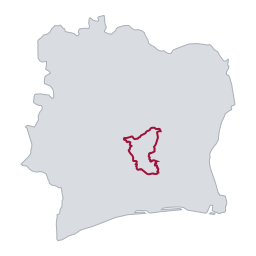 Lacs on a map of Ivory Coast (orthographic projection)
{"feature_id": "CIV-3461", "entity_name": "Lacs", "entity_type": "Department", "adm_level": 1, "iso_a3": "CIV", "parent_name": "Ivory Coast", "parent_adm1": "", "projection": "orthographic", "projection_center": [-5.076, 6.892], "detail": "fine", "context": "in_parent", "style": "outline", "palette": "rose", "viewbox_px": 256, "rotation_deg": 0, "n_neighbors": 0, "source": "natural_earth", "source_scale": "10m", "svg_char_len": 6919}
<svg xmlns="http://www.w3.org/2000/svg" viewBox="0 0 256 256"><path d="M43.5,34.9L44.5,34.9L47.2,34.1L49.6,32.4L51.9,28.6L55.0,25.6L58.5,25.9L59.5,25.3L60.7,25.2L62.1,27.2L63.6,28.7L64.6,28.8L65.3,31.6L71.6,32.9L74.3,33.7L76.6,35.7L77.4,35.8L78.3,35.4L79.1,34.6L79.2,33.8L78.3,32.0L78.7,30.3L79.7,28.8L81.3,28.7L83.8,28.3L86.6,28.3L88.7,28.5L89.5,27.0L88.7,22.8L89.0,20.5L89.3,18.5L90.1,17.7L93.2,20.2L96.0,21.1L98.1,21.2L98.7,20.7L97.8,18.0L98.0,17.2L98.8,16.7L100.1,16.5L103.8,15.4L104.1,15.6L104.8,19.8L104.5,21.2L105.2,24.1L106.2,26.8L106.1,27.9L105.3,29.6L104.4,31.1L104.5,31.7L105.9,32.7L108.7,33.8L111.6,34.1L113.2,32.5L114.9,31.2L116.0,30.1L116.4,28.4L118.3,27.2L123.5,25.7L128.3,25.4L129.4,25.9L131.6,28.3L134.3,29.9L138.5,29.7L141.5,30.7L144.2,32.5L145.9,36.5L147.8,39.4L148.7,43.5L151.7,45.6L154.1,46.6L157.3,49.6L160.7,51.1L164.2,50.8L165.8,52.3L168.4,53.4L170.9,53.5L173.2,50.0L176.2,48.7L183.8,45.9L186.8,44.7L189.8,43.9L197.1,43.6L203.9,44.4L207.3,45.0L209.6,44.6L211.8,46.2L214.1,49.6L215.9,50.7L217.8,51.9L219.2,54.6L220.9,57.3L221.8,58.5L223.9,61.1L225.6,61.1L227.3,60.0L228.1,59.1L228.4,60.9L227.7,63.7L227.9,65.5L228.9,66.1L228.4,68.4L226.4,72.3L226.4,74.6L228.4,75.3L229.8,77.7L230.7,81.8L231.6,83.2L231.6,84.0L233.2,94.1L235.0,104.1L233.9,105.4L232.3,105.8L231.3,106.3L231.0,107.2L231.7,108.6L231.3,109.9L229.3,110.7L225.1,114.0L224.8,115.2L223.7,118.0L222.8,119.6L221.4,122.7L219.3,130.9L218.5,137.6L218.4,139.7L217.5,141.2L216.6,143.3L212.0,149.1L209.7,153.8L210.0,155.9L210.1,158.0L209.4,159.4L209.5,163.4L210.1,166.8L211.0,170.1L214.3,179.4L216.1,185.0L217.2,189.5L218.2,192.6L219.1,193.8L219.4,195.0L224.4,195.8L225.4,196.5L226.8,202.4L226.5,205.1L225.5,206.1L225.6,208.4L225.4,211.2L224.7,212.3L221.9,212.5L220.0,213.5L217.5,213.1L217.2,212.4L215.9,212.2L212.2,210.6L212.8,205.5L211.1,205.2L209.8,205.9L207.2,212.1L205.9,213.2L187.5,210.1L183.5,207.5L178.7,206.9L170.3,207.2L163.4,208.0L161.5,209.6L178.9,208.6L180.7,208.8L181.6,209.7L159.6,211.8L151.2,213.0L148.7,212.7L146.8,210.7L137.7,210.5L135.8,211.1L134.7,212.6L138.3,212.3L144.0,212.2L145.5,213.3L127.8,214.7L115.4,217.5L110.2,219.6L93.0,226.3L82.6,229.4L79.8,230.6L75.1,233.9L68.9,235.9L62.1,239.8L57.9,240.6L56.9,239.4L56.8,232.8L56.3,224.0L56.5,220.6L57.1,217.5L57.1,214.8L59.2,213.9L59.8,212.8L60.1,209.3L62.0,206.2L62.1,200.8L62.7,199.7L63.1,198.2L62.3,194.7L61.3,187.9L60.7,187.5L60.3,187.8L59.2,187.9L54.9,185.6L51.6,185.1L49.2,183.1L49.1,180.9L48.0,179.5L47.2,176.9L46.1,173.9L42.8,172.1L39.7,171.6L37.5,172.0L35.0,171.9L32.1,170.9L30.0,169.7L28.1,167.5L26.4,165.7L25.0,165.9L23.2,165.5L21.5,164.7L21.0,164.1L28.1,157.2L30.6,153.8L30.9,151.7L30.9,149.6L31.7,147.4L31.9,144.1L28.1,132.2L27.1,128.4L26.0,127.4L25.4,126.9L27.4,125.4L30.1,125.8L34.3,127.1L35.2,125.9L38.4,119.9L38.4,117.6L38.1,116.1L39.9,112.0L41.4,110.4L42.2,108.6L42.0,106.3L40.9,105.4L39.4,105.6L37.7,105.0L35.0,103.6L33.6,102.4L34.1,96.9L34.4,95.2L35.3,94.3L36.8,94.0L40.9,93.9L44.3,94.5L47.2,94.9L48.8,94.9L50.1,96.5L51.8,98.2L53.3,98.2L53.8,97.0L53.5,91.6L52.5,88.7L50.3,86.0L44.5,83.6L44.3,80.3L45.0,76.8L46.2,75.5L50.6,73.2L49.8,72.0L48.4,70.7L45.7,69.4L46.4,65.1L46.5,61.4L44.2,61.8L41.8,62.0L39.8,60.8L38.2,58.5L37.9,52.1L38.0,44.8L37.7,41.6L38.3,39.9L40.4,38.3L42.7,36.3L43.5,34.9ZM215.1,213.2L214.1,214.6L209.5,213.8L210.6,212.6L215.1,213.2Z" fill="#d9dde1" stroke="#a8b0b8" stroke-width="1"/><path d="M156.8,161.3L155.9,161.5L155.9,161.8L156.0,162.0L156.0,162.3L156.1,162.5L156.2,162.9L156.2,163.1L155.5,163.0L155.3,163.1L155.2,163.3L155.2,163.8L155.0,164.3L154.9,164.7L154.9,165.2L155.0,165.4L155.2,165.5L155.4,165.5L155.5,165.5L155.9,165.3L156.1,165.3L156.6,165.4L156.8,165.6L157.0,165.8L157.2,166.4L157.2,166.7L157.1,166.8L156.9,167.0L157.0,167.3L157.4,167.5L157.4,168.0L157.5,168.2L157.6,168.3L158.0,168.3L158.1,168.5L157.8,168.7L157.9,168.8L158.2,169.1L158.3,169.3L158.2,169.5L158.1,169.8L158.0,170.4L157.9,170.6L157.8,170.8L157.7,170.9L157.3,171.6L157.5,171.8L157.9,171.7L158.1,171.7L158.2,171.8L158.3,172.0L158.4,172.3L158.4,172.5L158.2,172.5L157.3,173.6L156.5,173.9L155.5,174.0L154.4,173.9L154.0,173.8L153.8,173.8L153.5,173.7L153.4,173.6L152.8,173.5L152.3,173.5L152.0,173.5L149.9,174.1L149.5,174.2L148.6,174.2L147.4,174.0L146.8,173.6L141.4,169.2L141.1,169.1L140.9,169.1L140.7,169.1L140.1,169.6L139.4,169.3L138.2,169.8L137.6,169.6L137.0,169.0L136.7,168.4L136.7,167.7L136.7,166.8L136.6,166.6L136.4,166.4L136.2,166.2L136.4,165.9L136.6,165.7L136.7,165.1L136.9,164.6L136.8,164.4L136.4,164.4L135.8,164.2L136.3,163.5L136.6,163.0L136.5,162.4L136.8,161.7L136.4,161.2L135.6,161.0L133.7,161.0L133.3,160.8L133.1,160.1L133.1,159.9L133.2,158.1L133.1,157.3L132.7,156.5L132.4,155.7L132.3,155.4L130.6,153.7L130.2,153.3L130.0,152.6L129.1,151.5L128.8,150.8L128.8,150.1L129.6,149.6L129.8,149.0L129.8,148.4L130.1,147.4L130.2,147.1L130.5,146.7L130.8,146.6L131.3,146.3L131.4,146.2L131.5,146.1L131.5,145.8L130.8,145.6L130.6,145.5L130.4,145.4L130.1,145.2L130.0,144.9L129.9,144.5L129.8,144.2L130.1,143.6L130.3,142.6L130.3,142.3L130.2,142.2L129.2,141.8L129.0,141.7L128.8,141.7L128.4,141.8L128.1,141.9L128.0,142.0L127.8,142.1L127.7,142.1L127.2,142.1L126.7,141.8L126.6,141.6L126.4,141.2L126.4,140.8L126.0,140.5L125.4,140.0L125.1,139.9L124.9,139.9L124.7,139.9L124.3,139.8L124.2,139.6L124.0,139.2L123.9,139.0L123.9,138.9L124.1,138.8L124.3,138.7L124.3,138.3L124.4,138.0L125.4,138.2L126.0,138.1L130.0,137.1L131.5,136.5L131.8,136.5L132.0,136.5L132.3,136.6L132.5,136.8L132.7,137.0L133.4,138.0L134.0,138.7L134.2,138.9L134.5,139.0L134.9,139.1L135.3,139.0L136.4,138.7L136.6,138.7L137.3,138.8L137.5,138.8L137.8,138.6L138.4,137.8L138.7,137.5L139.1,137.3L139.4,137.3L139.7,137.3L139.9,137.2L140.1,137.0L140.5,136.1L141.1,135.4L145.0,133.5L145.4,133.2L145.6,132.9L145.7,132.7L145.9,132.3L146.0,132.1L146.2,131.9L146.4,131.7L146.6,131.5L147.1,131.2L149.1,130.4L149.5,130.2L149.8,129.9L150.3,128.9L151.0,128.2L151.4,128.0L151.9,127.8L154.0,127.7L154.3,127.7L154.5,127.8L155.0,128.1L155.6,128.7L155.8,128.9L156.7,129.0L159.5,128.9L160.4,130.5L160.5,130.7L160.6,131.2L159.2,131.2L158.3,131.5L157.9,131.7L157.3,132.0L157.1,132.4L157.1,132.8L157.9,137.2L157.9,137.6L156.1,143.4L155.8,144.1L155.7,144.4L154.6,146.2L154.2,146.6L154.1,146.8L154.0,147.0L154.4,147.9L154.7,148.8L154.7,149.0L154.6,149.3L154.4,149.8L154.4,150.0L154.4,150.3L154.6,150.8L154.6,151.0L154.6,151.3L154.4,151.5L154.0,151.8L150.8,153.2L150.5,153.2L150.4,153.2L150.1,153.0L149.3,153.5L149.2,153.6L149.2,153.8L149.1,154.6L148.7,156.0L148.8,156.6L149.0,156.7L149.3,156.9L149.6,157.2L149.7,157.4L149.7,157.6L149.5,158.1L149.3,158.6L149.3,159.0L149.8,159.7L150.0,159.8L150.3,159.9L150.4,160.0L150.4,160.4L150.4,160.5L150.2,160.7L150.2,161.0L150.4,161.3L150.6,161.5L150.8,161.6L151.0,161.6L151.3,161.5L151.3,161.3L151.3,161.2L151.5,160.9L152.1,160.9L152.3,160.8L152.4,160.7L152.7,160.5L152.9,160.4L153.0,160.4L153.4,160.3L153.9,160.4L154.1,160.4L154.4,160.4L156.8,161.3Z" fill="none" stroke="#9f1239" stroke-width="2"/></svg>